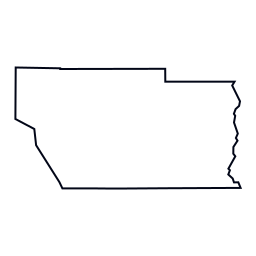 Conejos, Colorado, United States of America (Albers equal-area conic projection)
{"feature_id": "52423323B18722561966541", "entity_name": "Conejos", "entity_type": "district", "adm_level": 2, "iso_a3": "USA", "parent_name": "United States of America", "parent_adm1": "Colorado", "projection": "albers", "projection_center": [-106.024, 37.199], "detail": "fine", "context": "isolated", "style": "outline", "palette": "ink", "viewbox_px": 256, "rotation_deg": 0, "n_neighbors": 0, "source": "geoboundaries", "source_scale": "gbopen_adm2", "svg_char_len": 590}
<svg xmlns="http://www.w3.org/2000/svg" viewBox="0 0 256 256"><path d="M62.4,188.4L93.7,188.4L105.4,188.5L115.9,188.5L116.2,188.5L127.0,188.5L172.9,188.2L175.0,188.2L175.3,188.2L240.6,187.9L238.3,182.3L234.0,182.4L232.7,178.5L228.3,174.5L229.9,170.2L228.4,168.7L235.3,156.3L233.3,153.7L233.4,147.0L237.5,140.7L235.9,138.0L237.8,133.6L234.0,122.5L235.2,115.8L233.9,113.8L235.6,109.1L239.1,105.9L240.0,101.3L232.2,85.5L234.5,81.7L165.3,81.7L165.2,68.8L60.2,69.0L60.2,68.3L15.7,67.5L15.4,119.0L34.3,129.0L36.1,145.2L59.4,182.1L62.4,188.4Z" fill="none" stroke="#020617" stroke-width="2"/></svg>